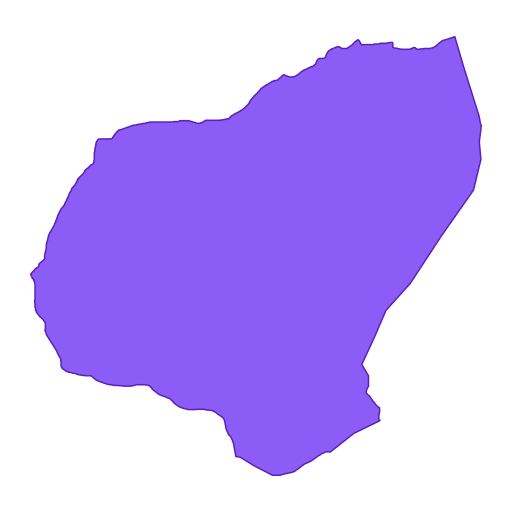 the district of Curridabat, San José, Costa Rica
{"feature_id": "36466004B71445254022700", "entity_name": "Curridabat", "entity_type": "district", "adm_level": 2, "iso_a3": "CRI", "parent_name": "Costa Rica", "parent_adm1": "San José", "projection": "mercator", "projection_center": [-84.034, 9.916], "detail": "fine", "context": "isolated", "style": "filled", "palette": "violet", "viewbox_px": 512, "rotation_deg": 0, "n_neighbors": 0, "source": "geoboundaries", "source_scale": "gbopen_adm2", "svg_char_len": 5833}
<svg xmlns="http://www.w3.org/2000/svg" viewBox="0 0 512 512"><path d="M454.8,36.7L444.0,40.3L443.1,40.3L442.4,40.6L440.5,42.2L439.2,42.9L438.1,44.2L436.2,45.6L435.8,46.3L432.3,48.0L431.5,48.0L429.9,48.5L423.9,48.5L423.4,48.9L420.8,48.9L419.2,49.3L417.5,49.3L416.0,48.6L415.0,47.6L413.3,47.6L411.2,48.8L410.3,48.9L409.7,49.3L401.0,49.3L396.8,48.2L394.3,48.0L392.9,47.4L392.9,43.9L392.5,42.4L389.9,42.4L389.1,42.8L388.2,42.8L386.6,43.3L380.5,43.3L378.2,44.1L373.9,44.1L373.5,44.6L361.3,44.6L359.2,40.7L358.1,39.8L357.3,40.0L356.1,41.2L355.3,41.5L352.0,45.0L347.1,48.3L346.4,48.5L342.1,48.5L339.0,46.7L337.2,46.7L336.5,47.2L335.7,47.3L334.3,48.0L332.8,48.5L332.3,48.9L331.5,48.9L331.0,49.6L329.0,50.6L328.0,51.7L326.3,54.5L326.3,55.4L325.9,55.8L325.9,56.7L324.6,58.0L323.9,58.4L319.6,58.4L318.8,58.6L317.6,59.8L316.6,61.3L315.9,63.6L314.6,64.9L312.4,66.6L311.5,66.6L311.1,67.1L310.2,67.1L308.1,68.3L307.3,68.4L305.5,69.7L304.6,69.7L303.1,70.5L302.0,71.4L301.2,71.8L298.9,74.0L298.1,74.3L295.6,76.2L293.2,76.9L289.8,77.0L288.1,76.5L286.6,75.8L285.8,75.7L284.4,74.9L283.5,74.9L282.7,75.2L280.5,77.6L279.1,78.4L278.7,79.1L278.3,79.5L276.9,80.3L275.2,80.5L274.4,80.9L273.5,80.9L272.8,81.4L272.0,81.5L271.4,82.1L269.4,83.1L269.0,83.6L266.0,85.1L263.5,86.9L262.2,87.6L261.8,88.3L261.0,88.6L259.7,90.4L257.2,92.9L256.9,93.7L256.2,94.0L255.3,94.8L254.9,95.6L254.1,96.0L250.3,100.6L249.3,102.9L248.6,103.4L248.0,104.7L247.5,105.2L246.8,105.5L245.8,106.5L245.4,107.3L241.3,110.4L240.6,110.5L239.5,111.5L234.3,114.1L233.6,114.7L231.1,116.1L229.0,118.5L226.9,119.0L226.1,119.0L225.4,119.4L224.5,119.4L222.9,119.9L221.1,119.9L220.7,120.3L205.6,120.3L202.0,122.5L201.2,122.6L200.8,123.3L196.5,123.3L195.3,122.5L193.7,122.3L192.1,121.6L191.3,121.6L189.0,120.7L180.3,120.7L177.9,121.6L173.6,121.6L173.1,122.0L149.8,122.0L149.1,122.5L147.4,122.6L145.0,123.3L143.3,123.4L140.0,124.2L139.1,124.2L136.7,124.7L136.0,125.1L133.7,125.1L120.3,129.8L119.4,129.8L118.8,130.4L117.5,131.1L116.6,132.4L115.5,133.3L115.2,134.1L114.0,135.3L113.4,136.8L112.7,137.2L112.5,137.9L111.5,138.7L110.7,138.9L98.6,139.0L97.4,140.2L96.8,141.7L96.2,142.3L95.6,146.5L95.2,147.2L95.2,148.0L94.9,148.8L94.8,151.3L94.3,152.9L94.3,159.9L93.9,160.6L93.9,162.4L93.5,162.8L93.4,163.6L92.0,164.5L90.5,165.2L90.1,166.0L89.4,166.3L89.1,167.1L86.4,169.0L85.6,170.1L84.9,170.4L84.8,171.3L83.1,173.8L79.6,177.1L78.6,178.4L77.9,178.7L77.9,179.6L77.5,180.0L76.7,181.6L76.6,182.4L76.0,182.8L74.7,185.4L72.8,187.3L72.5,188.0L71.8,188.3L71.3,190.4L69.6,192.8L67.9,197.4L67.1,198.6L66.4,200.9L65.3,202.3L65.2,203.1L64.7,203.8L64.2,205.3L63.6,205.8L63.3,206.6L62.3,207.4L60.5,210.0L59.9,211.4L59.3,212.0L59.3,212.9L58.9,213.7L58.4,214.1L56.7,218.7L56.6,219.5L55.8,220.7L55.8,221.6L54.6,223.6L54.5,224.4L54.1,225.1L54.0,225.9L52.5,227.9L52.4,228.7L51.6,230.1L50.6,231.2L50.6,232.0L49.9,232.6L48.6,235.4L48.0,237.7L48.0,238.6L47.6,239.3L47.6,240.1L46.7,242.5L46.3,245.0L46.2,249.3L45.6,250.8L45.4,252.5L45.0,252.9L44.9,254.6L44.6,255.3L44.6,258.8L43.2,260.5L42.5,260.9L41.9,261.5L41.5,262.2L40.7,262.3L38.9,264.2L38.9,265.9L38.1,267.0L37.2,267.9L36.3,267.9L35.9,268.3L34.1,270.2L33.7,271.0L32.4,272.0L31.6,273.2L30.7,274.1L30.8,274.9L32.0,277.1L32.1,277.9L32.5,278.6L33.1,278.9L33.7,279.6L33.7,280.4L34.6,281.9L34.6,282.7L35.0,283.4L35.0,299.9L34.6,300.5L34.6,301.4L35.0,303.9L35.0,307.4L35.5,308.1L35.5,309.8L35.8,310.6L36.3,310.9L36.3,311.8L36.8,312.2L37.2,313.5L38.5,314.8L39.4,316.2L40.0,316.5L40.4,317.2L41.1,317.6L43.4,320.0L43.7,320.8L45.3,322.8L45.4,328.8L45.1,329.3L45.0,331.0L45.8,331.9L45.9,332.7L46.2,333.2L46.3,334.5L56.9,351.3L57.3,352.9L57.6,353.3L59.2,356.5L60.5,358.4L60.5,359.0L60.8,359.3L60.9,362.0L61.1,362.5L61.1,366.4L62.2,367.8L62.2,368.3L62.7,368.6L63.0,369.1L64.7,370.0L65.8,371.1L67.7,371.7L68.4,372.2L70.8,372.5L73.3,373.3L74.9,373.4L77.0,374.0L77.2,374.4L83.0,375.5L85.7,375.6L86.0,375.8L91.0,375.8L91.9,376.5L92.4,376.7L93.2,377.6L95.5,379.6L97.9,380.9L100.4,381.9L102.0,382.2L104.3,383.3L105.9,383.6L106.6,384.1L108.8,384.4L109.3,384.7L110.9,384.7L113.5,385.2L114.6,385.3L115.1,385.5L119.0,385.5L120.0,385.8L122.3,385.8L123.3,386.1L130.5,386.1L134.2,385.5L134.4,385.2L135.0,385.2L135.3,385.0L137.4,384.7L144.6,384.7L145.7,385.0L147.3,385.0L149.9,386.1L150.4,386.9L151.1,387.4L152.6,389.5L155.6,391.9L156.6,392.4L157.5,393.5L160.0,394.9L162.9,396.0L165.0,396.6L166.8,397.6L169.4,398.3L172.2,400.8L174.2,403.3L179.1,406.7L180.5,407.4L181.1,407.4L182.6,408.2L184.7,408.6L185.7,409.0L186.8,409.1L188.3,409.6L195.5,409.6L196.4,409.3L204.2,409.3L205.8,409.9L209.1,410.2L210.1,410.4L212.3,410.5L213.5,411.3L214.0,411.3L214.3,411.8L214.8,411.8L215.6,412.3L217.7,414.0L218.0,414.4L220.3,415.7L223.7,418.5L224.8,421.5L225.1,423.7L225.6,425.8L225.6,426.9L226.3,429.4L226.7,429.8L227.1,431.4L227.8,432.6L227.8,433.1L228.9,435.0L230.4,436.4L232.5,440.4L232.6,441.5L233.1,442.2L233.4,443.1L235.9,456.5L240.3,457.2L254.1,465.8L272.7,475.3L280.2,475.2L282.6,474.4L284.7,474.0L285.1,473.6L286.8,473.6L288.3,473.0L290.4,472.8L290.9,472.5L291.4,472.5L294.4,471.5L294.8,471.1L295.8,470.7L296.2,470.0L299.0,468.3L299.2,467.9L300.2,467.4L300.4,467.0L302.1,465.7L302.4,465.3L302.9,465.3L304.2,464.2L307.1,462.8L307.6,462.8L308.1,462.4L309.1,462.1L309.9,461.4L310.4,461.4L312.3,460.2L317.2,456.7L317.5,456.3L320.3,454.8L321.0,454.0L323.5,453.0L325.9,451.7L330.3,452.0L353.8,433.4L380.4,420.4L379.9,420.4L379.3,419.9L378.8,418.6L378.8,415.8L379.0,415.4L379.3,412.7L379.6,412.3L379.6,407.8L377.7,406.6L376.1,405.0L373.6,401.7L372.7,401.0L372.3,400.0L370.6,397.8L370.2,396.9L369.4,395.8L368.1,395.0L367.4,394.1L366.3,393.2L366.3,391.0L366.6,390.0L368.1,386.7L368.5,386.3L368.5,375.8L361.8,364.4L374.3,337.5L386.0,310.3L410.2,283.5L441.4,235.9L473.5,190.1L480.9,159.4L479.3,141.8L481.3,126.1L480.2,122.3L479.2,116.5L463.7,67.0L454.8,36.7Z" fill="#8b5cf6" stroke="#5b21b6" stroke-width="1.5"/></svg>